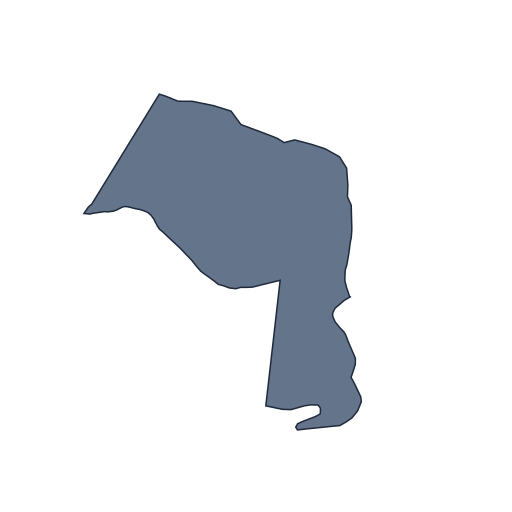 Christian Hill, Choiseul, Saint Lucia (Robinson projection), rotated 238°
{"feature_id": "8701671B2341246797828", "entity_name": "Christian Hill", "entity_type": "district", "adm_level": 2, "iso_a3": "LCA", "parent_name": "Saint Lucia", "parent_adm1": "Choiseul", "projection": "robinson", "projection_center": [-61.047, 13.774], "detail": "fine", "context": "isolated", "style": "filled", "palette": "slate", "viewbox_px": 512, "rotation_deg": 238, "n_neighbors": 0, "source": "geoboundaries", "source_scale": "gbopen_adm2", "svg_char_len": 1605}
<svg xmlns="http://www.w3.org/2000/svg" viewBox="0 0 512 512"><g transform="rotate(238 256 256)"><path d="M444.5,259.8L387.1,144.3L386.3,139.6L384.1,134.6L383.2,132.6L379.5,137.5L378.6,140.4L376.4,145.4L374.7,149.2L374.0,151.0L372.2,153.2L369.7,158.6L368.9,161.9L368.3,168.5L367.6,170.8L365.8,173.2L363.1,175.9L359.8,179.0L357.4,181.7L355.0,183.9L351.6,186.4L350.2,187.3L346.7,188.5L341.8,188.9L335.1,188.4L333.4,188.2L329.8,188.4L325.9,189.7L316.6,192.1L302.5,195.9L295.5,197.3L286.0,199.3L281.0,199.8L272.3,201.1L267.7,202.9L262.5,205.1L257.1,207.2L251.9,209.0L247.9,212.7L243.1,216.4L238.9,221.6L237.6,226.2L233.6,232.7L231.4,236.7L227.9,247.6L222.6,263.6L123.7,184.9L112.1,197.0L107.2,204.2L103.3,217.6L100.9,223.2L96.8,229.6L93.2,230.0L90.6,228.7L88.0,226.6L88.4,221.2L91.0,207.8L91.7,202.4L89.8,199.0L86.5,199.0L82.5,207.4L70.8,231.2L67.8,237.1L67.5,245.1L67.8,251.4L70.8,260.1L76.6,268.1L81.0,270.2L95.4,271.9L102.0,272.3L102.7,272.3L107.5,278.2L111.5,282.8L116.6,286.1L133.1,288.6L141.9,290.3L145.2,290.3L151.5,289.0L158.4,288.2L163.9,289.0L166.9,290.7L169.8,295.3L171.6,307.5L171.4,314.3L172.6,314.0L181.3,316.1L187.6,318.1L190.2,319.7L191.0,320.2L192.3,321.1L197.0,324.4L200.3,328.3L205.8,333.2L209.0,336.1L216.9,342.6L218.4,343.9L220.8,346.3L225.4,349.7L228.8,352.0L241.2,359.3L248.5,363.6L250.2,363.9L257.7,364.9L267.5,371.5L282.5,379.4L295.8,379.4L310.2,371.5L321.2,362.3L333.9,350.4L337.3,339.9L342.5,337.4L344.2,336.6L350.5,332.0L355.8,328.0L375.4,312.9L392.1,311.6L406.0,299.7L421.0,283.9L428.5,272.0L439.4,264.1L444.5,259.8Z" fill="#64748b" stroke="#1e293b" stroke-width="1.5"/></g></svg>